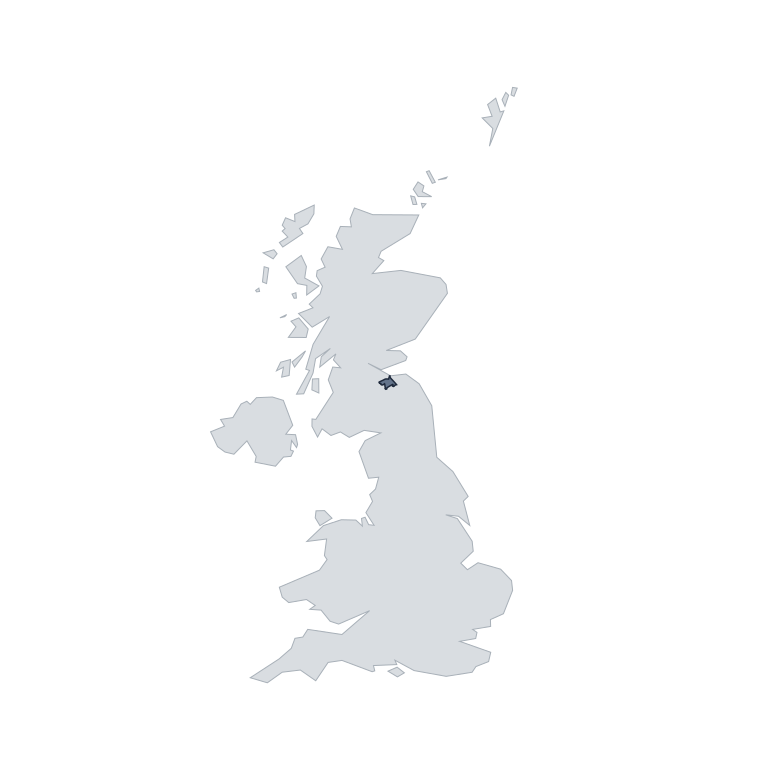 Midlothian on a map of United Kingdom (Mercator projection), rotated 10°
{"feature_id": "GBR-2024", "entity_name": "Midlothian", "entity_type": "Unitary District", "adm_level": 1, "iso_a3": "GBR", "parent_name": "United Kingdom", "parent_adm1": "", "projection": "mercator", "projection_center": [-3.084, 55.83], "detail": "fine", "context": "in_parent", "style": "filled", "palette": "slate", "viewbox_px": 768, "rotation_deg": 10, "n_neighbors": 0, "source": "natural_earth", "source_scale": "10m", "svg_char_len": 4319}
<svg xmlns="http://www.w3.org/2000/svg" viewBox="0 0 768 768"><g transform="rotate(10 384 384)"><path d="M409.2,609.7L381.0,628.3L372.1,627.0L361.3,617.6L350.0,618.8L354.7,614.0L345.0,609.7L328.1,615.8L320.8,611.6L316.2,602.3L352.8,578.5L358.4,566.8L355.1,563.3L354.4,546.6L335.3,552.5L348.9,534.0L365.5,525.1L379.9,522.9L387.4,527.7L385.2,520.3L388.5,518.5L393.3,525.2L398.8,524.9L388.5,513.8L393.1,501.6L389.1,495.4L393.9,488.9L395.0,476.7L385.1,479.5L371.1,454.9L375.3,443.0L389.4,432.7L372.5,433.1L359.1,442.6L349.4,438.8L340.7,443.9L330.8,438.9L327.8,447.8L320.4,438.2L319.2,430.9L323.0,430.7L335.5,401.1L328.4,389.6L330.6,376.2L338.5,375.6L330.0,369.0L331.4,362.7L317.8,378.5L317.5,368.1L325.0,358.3L312.2,370.9L312.2,385.5L306.6,407.6L299.6,409.2L308.3,383.6L304.4,383.0L307.3,357.2L318.7,327.0L303.4,340.5L287.6,329.4L300.8,321.3L296.5,318.3L305.4,306.3L306.4,298.4L298.7,289.5L298.5,284.0L305.7,279.2L300.4,271.8L304.9,258.6L319.7,258.6L311.3,246.9L313.7,236.4L324.6,234.9L321.9,227.3L324.3,215.8L343.5,219.2L388.9,211.5L383.6,231.3L358.1,253.8L356.6,260.4L362.4,262.5L353.3,277.3L380.9,269.2L421.0,269.7L427.8,275.2L430.7,283.7L407.0,334.3L380.4,350.6L394.4,348.5L402.0,353.2L401.3,357.1L378.7,370.4L364.7,366.4L389.0,374.8L403.8,370.4L418.6,377.7L434.8,397.1L448.7,447.0L467.1,458.3L486.4,480.1L482.5,485.5L493.0,508.4L480.3,501.3L467.5,502.1L479.6,503.8L498.1,523.5L500.9,533.2L490.7,547.1L498.4,552.4L507.6,543.7L531.0,546.1L543.7,555.4L546.5,564.9L541.5,589.5L529.7,597.5L531.1,604.2L513.9,610.3L518.7,612.5L518.5,618.7L503.2,624.3L535.7,629.7L535.2,639.2L523.6,646.3L520.8,652.6L496.0,661.1L463.4,661.0L442.7,654.1L445.3,658.1L422.5,663.1L424.7,668.1L422.3,669.4L390.6,663.5L377.3,667.9L368.3,688.1L351.3,680.2L333.8,685.5L321.0,698.5L303.3,696.5L328.4,673.0L338.6,660.4L340.5,649.9L348.0,647.3L351.5,638.9L386.1,638.0L409.2,609.7ZM291.4,483.8L270.6,483.4L270.7,477.5L258.9,463.8L248.4,479.2L239.2,478.6L231.0,474.6L221.5,461.2L234.3,453.2L229.2,447.3L241.0,443.3L246.7,428.5L251.9,424.8L255.8,427.3L260.8,419.6L276.4,416.2L287.7,417.6L301.3,440.5L296.0,450.5L305.7,449.3L309.4,458.5L308.9,461.8L302.8,455.7L303.3,465.2L306.5,465.8L304.9,471.4L297.7,473.4L291.4,483.8ZM285.4,228.6L281.3,239.5L273.7,245.5L278.0,249.9L260.5,266.7L256.4,262.8L263.8,256.0L257.2,251.1L259.6,248.1L256.2,245.3L258.2,237.4L268.1,239.5L266.5,232.5L284.2,219.9L285.4,228.6ZM287.2,281.8L287.5,293.4L302.9,298.7L292.4,309.8L290.9,300.3L281.4,300.2L267.0,285.6L280.2,271.8L287.2,281.8ZM444.4,83.1L451.2,95.9L454.6,94.2L446.5,131.5L446.8,113.5L434.5,104.9L444.0,101.6L437.5,90.8L444.4,83.1ZM299.3,351.7L281.7,354.7L287.4,343.0L281.5,338.3L288.6,333.7L299.8,343.0L299.3,351.7ZM347.4,519.0L356.1,525.2L345.5,534.6L339.5,527.7L339.1,520.7L347.4,519.0ZM287.7,376.1L289.1,392.1L282.0,395.0L282.1,384.9L275.8,389.7L278.4,380.5L287.7,376.1ZM388.9,182.0L388.3,188.0L398.4,191.2L385.1,193.5L379.0,187.2L382.4,179.1L388.9,182.0ZM321.4,404.2L314.0,402.3L312.7,391.5L318.8,390.1L321.4,404.2ZM454.2,664.9L448.1,670.1L437.8,666.1L446.1,660.6L454.2,664.9ZM293.0,382.9L289.6,378.3L301.0,365.0L298.6,371.7L293.0,382.9ZM252.3,270.9L256.1,274.3L253.1,280.0L242.2,275.8L252.3,270.9ZM250.9,305.5L246.6,304.6L245.6,289.3L250.3,289.9L250.9,305.5ZM454.9,89.5L450.9,83.5L453.3,75.7L456.6,78.0L454.9,89.5ZM399.5,176.4L396.7,178.0L388.9,167.6L391.4,166.1L399.5,176.4ZM385.2,201.4L381.4,202.2L377.6,194.1L381.7,194.4L385.2,201.4ZM463.8,69.5L462.1,78.1L458.9,77.2L459.1,69.6L463.8,69.5ZM409.3,171.0L401.7,173.6L410.1,169.3L409.3,171.0ZM282.8,314.6L280.6,315.2L277.8,311.4L281.4,309.4L282.8,314.6ZM394.0,199.3L391.4,203.8L389.4,199.6L394.0,199.3ZM274.6,334.9L270.0,336.9L276.1,332.5L274.6,334.9ZM245.4,314.5L242.5,315.4L241.3,314.1L244.1,311.3L245.4,314.5Z" fill="#d9dde1" stroke="#a8b0b8" stroke-width="1"/><path d="M388.0,375.1L388.6,375.1L388.6,375.3L388.8,376.3L389.7,377.2L393.4,380.0L395.7,381.8L396.5,382.5L396.1,382.7L395.3,383.0L394.3,384.4L393.7,384.8L392.8,384.6L393.0,383.4L392.8,382.9L392.5,382.9L388.2,386.6L387.5,387.5L387.6,388.1L387.5,388.5L386.6,388.9L385.8,388.3L385.9,387.3L385.2,385.7L385.1,384.9L384.5,383.7L383.0,385.1L381.7,385.3L381.0,384.9L380.8,384.1L379.5,384.1L378.8,383.1L379.4,382.5L382.3,380.5L384.4,378.9L386.1,378.5L387.7,378.4L387.8,377.0L388.0,375.7L388.0,375.1Z" fill="#64748b" stroke="#1e293b" stroke-width="1.5"/></g></svg>